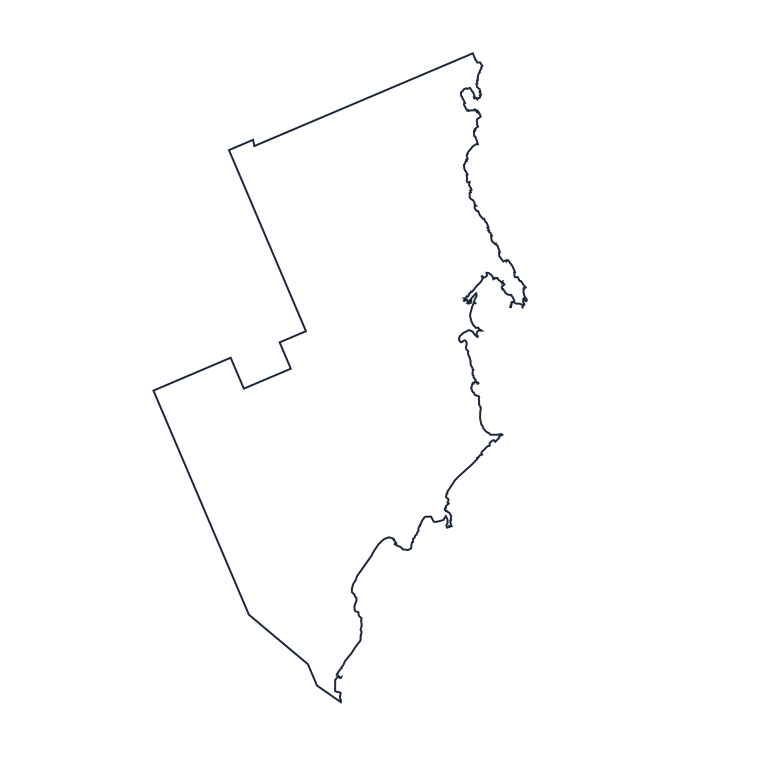 78, Madinat ach Shamal, Qatar, rotated 157°
{"feature_id": "91078587B72332727540612", "entity_name": "78", "entity_type": "district", "adm_level": 2, "iso_a3": "QAT", "parent_name": "Qatar", "parent_adm1": "Madinat ach Shamal", "projection": "albers", "projection_center": [51.051, 25.993], "detail": "fine", "context": "isolated", "style": "outline", "palette": "slate", "viewbox_px": 768, "rotation_deg": 157, "n_neighbors": 0, "source": "geoboundaries", "source_scale": "gbopen_adm2", "svg_char_len": 6166}
<svg xmlns="http://www.w3.org/2000/svg" viewBox="0 0 768 768"><g transform="rotate(157 384 384)"><path d="M598.8,468.0L598.5,224.4L563.5,155.7L563.5,132.5L548.1,108.1L547.3,109.7L547.2,112.2L546.3,114.1L544.7,116.2L545.0,117.3L548.3,119.5L548.9,120.7L544.5,130.7L540.7,132.8L539.0,130.0L539.2,129.6L538.2,130.6L538.6,130.5L541.2,134.6L539.7,135.6L539.9,135.9L534.5,139.2L533.9,139.1L533.6,140.0L531.5,141.0L527.9,144.3L519.3,148.8L513.1,153.1L506.3,156.8L505.0,158.6L504.4,160.5L503.4,161.4L503.5,162.1L501.5,164.3L501.6,166.9L498.8,170.5L497.4,175.5L496.2,177.0L497.6,180.3L497.5,181.7L496.7,183.8L499.3,186.2L499.3,187.2L498.6,189.9L497.0,192.4L494.2,195.0L492.9,198.0L493.6,199.6L493.6,202.1L494.8,204.8L494.5,205.9L493.3,208.4L490.9,211.5L486.0,215.1L484.3,217.4L461.8,231.3L460.4,232.8L452.1,238.4L446.7,240.6L443.8,241.2L439.4,241.0L436.3,238.5L435.5,237.4L435.5,237.0L436.1,237.3L435.9,236.4L434.9,232.5L435.3,232.0L436.1,232.7L436.7,232.5L436.0,231.2L432.5,227.5L431.4,225.3L431.4,224.5L426.7,221.8L423.4,222.0L421.2,225.8L420.0,227.2L419.1,227.2L417.7,230.1L416.2,230.4L414.3,232.3L412.9,232.7L411.0,234.6L409.6,235.4L408.9,237.3L407.7,238.7L406.3,239.2L406.3,240.1L405.3,240.4L402.5,243.2L398.7,245.6L397.7,245.6L392.5,243.5L392.0,237.7L389.2,236.5L382.5,235.6L378.7,238.2L378.5,235.3L379.0,233.0L379.9,231.1L381.8,229.6L382.1,227.2L379.2,226.8L379.2,227.7L377.3,226.8L377.1,230.6L376.6,231.1L376.4,232.5L375.4,232.5L374.7,234.9L373.8,235.8L374.2,240.1L375.6,241.6L375.9,243.0L376.8,243.0L377.1,244.9L376.4,245.8L375.4,245.8L374.9,247.3L371.1,248.7L371.8,250.1L369.9,252.1L369.9,253.5L370.9,254.9L370.9,256.3L369.5,257.8L369.2,258.7L368.3,258.7L367.3,260.6L366.4,260.9L356.4,267.6L352.1,269.5L334.1,275.7L327.0,278.8L327.0,279.7L326.0,279.5L323.6,280.9L321.3,280.7L321.5,282.1L320.8,283.1L313.2,286.2L310.8,285.9L309.9,288.3L306.6,289.5L305.1,289.5L304.7,289.3L304.2,287.4L299.4,289.2L298.9,290.1L296.9,291.2L295.8,290.8L294.9,291.0L295.6,292.2L296.6,292.0L297.3,292.6L298.7,292.7L305.8,295.7L306.7,298.1L307.6,298.7L309.0,301.4L309.9,304.1L309.7,306.8L310.2,308.6L309.0,314.8L306.4,320.5L304.2,324.1L304.5,328.3L303.2,330.8L302.7,333.0L301.5,334.6L301.7,335.9L304.0,337.7L304.7,338.9L304.6,340.7L305.4,342.0L305.4,346.0L302.4,349.8L301.6,350.2L301.2,349.4L299.2,350.8L297.6,348.4L297.9,347.9L297.2,347.5L296.7,347.9L298.9,350.9L298.0,351.7L299.0,355.1L298.3,356.6L298.8,357.9L297.8,360.5L296.2,362.1L296.7,362.9L296.3,364.2L296.7,367.6L295.3,371.7L294.8,375.6L295.0,378.9L293.7,381.1L294.7,383.7L294.3,385.8L292.5,388.0L291.8,389.5L291.8,390.6L292.0,392.0L292.9,392.8L296.2,392.2L297.1,392.5L297.2,393.6L297.7,394.4L297.6,395.9L295.8,398.2L291.3,400.0L284.6,400.4L282.0,397.7L281.3,394.3L280.0,391.3L279.3,390.8L279.0,391.4L280.0,392.4L278.2,395.4L275.1,396.6L274.3,395.3L273.3,395.0L275.1,397.5L275.2,399.1L277.4,399.6L278.8,403.4L279.1,407.1L278.2,413.0L277.3,414.7L272.2,421.2L269.6,423.6L267.5,421.9L269.5,423.7L267.6,426.3L264.6,428.6L263.7,430.4L263.8,431.6L270.5,428.5L271.2,426.5L271.6,427.0L272.3,425.2L272.5,425.4L272.2,427.2L273.4,427.9L272.6,427.2L273.4,424.9L274.2,424.9L273.8,427.1L274.2,427.7L274.0,427.2L274.7,425.4L275.1,425.2L275.8,425.8L275.0,426.5L274.7,428.2L274.6,429.2L275.1,429.8L277.5,428.9L278.0,429.4L276.1,430.8L276.5,431.3L275.9,431.1L273.4,432.4L272.7,431.7L272.1,431.8L270.1,434.0L268.4,434.4L267.8,435.0L267.4,434.5L266.3,434.7L261.4,437.5L254.7,440.3L251.9,442.5L251.9,444.9L251.4,444.9L250.5,443.0L249.0,442.7L247.6,443.2L246.7,443.9L246.2,446.3L244.3,445.3L242.6,442.5L242.2,441.0L242.4,437.7L241.4,437.7L241.4,438.7L238.1,437.2L238.4,436.3L236.2,432.0L234.8,432.0L235.8,430.5L234.8,430.5L234.3,428.6L237.7,427.4L238.1,424.8L237.2,424.8L236.5,420.0L235.5,418.6L234.8,417.6L232.0,416.2L232.2,415.3L231.7,414.3L231.5,410.0L231.9,408.9L234.7,409.5L236.4,406.7L236.9,406.7L237.7,405.5L237.0,405.1L234.7,408.9L232.0,408.7L232.2,408.1L231.4,406.9L229.7,405.6L228.6,405.5L225.8,403.1L225.5,402.0L226.6,400.9L226.4,400.5L225.4,401.9L224.5,401.8L223.8,402.3L223.7,405.7L223.4,406.2L222.5,406.2L222.5,408.1L221.5,408.1L221.0,404.8L220.6,404.8L220.6,405.7L219.6,405.7L219.9,407.6L220.3,408.1L220.3,411.4L219.9,411.9L219.9,413.8L218.9,415.3L218.9,416.2L218.2,417.6L216.8,418.1L216.8,417.2L215.8,417.6L217.0,421.0L217.7,425.3L218.9,425.8L219.1,430.1L221.7,431.0L221.7,432.9L220.8,434.3L220.6,435.8L219.6,435.8L219.8,442.9L221.3,449.1L222.0,449.9L223.4,449.1L223.4,450.1L226.3,450.1L227.9,456.8L226.7,460.1L225.8,460.1L225.5,467.3L226.5,468.7L226.2,469.7L227.2,469.7L228.9,473.5L227.7,478.3L226.7,478.3L227.0,481.6L227.9,483.0L228.1,484.5L227.2,484.5L227.7,487.3L226.7,487.3L226.5,492.1L227.4,494.0L227.2,496.9L228.4,497.4L229.8,501.7L229.8,506.4L231.0,506.9L231.7,509.3L231.7,510.7L231.0,512.6L229.6,512.2L230.3,513.6L230.3,514.5L229.8,515.0L230.3,518.4L231.7,520.3L232.2,522.2L230.5,526.5L229.1,526.5L229.1,528.4L227.6,528.4L227.4,530.3L227.9,531.7L227.9,534.1L226.2,536.5L228.4,537.0L228.4,538.9L227.4,540.3L226.2,544.1L225.3,544.1L226.0,550.3L224.8,554.6L223.8,554.9L221.5,557.3L220.5,557.0L220.5,558.5L219.1,558.5L218.8,561.3L218.1,562.8L217.2,562.8L216.7,564.2L209.1,568.2L205.3,568.7L203.9,568.0L203.2,575.6L204.1,577.1L202.5,581.4L201.5,581.4L201.5,582.3L200.6,582.3L200.6,583.3L196.8,584.2L197.0,586.6L196.5,587.1L196.0,589.5L194.9,591.4L190.6,592.3L190.3,594.7L191.5,597.1L190.6,597.1L191.1,598.6L192.5,598.6L192.5,599.0L191.5,599.0L191.5,599.5L192.7,600.0L193.0,601.4L193.4,601.4L193.4,600.5L197.7,602.1L199.6,602.4L199.6,603.3L200.6,603.3L201.3,609.5L200.6,611.0L199.6,611.0L200.3,620.0L199.1,622.4L196.7,623.1L195.3,624.1L192.9,624.1L192.0,623.1L189.6,623.1L189.2,622.9L188.4,618.6L188.0,618.1L188.2,612.9L189.2,612.9L189.2,611.4L186.8,611.0L186.8,609.5L185.4,610.2L183.9,610.2L183.0,611.0L183.0,612.4L181.6,612.4L182.0,615.3L181.1,615.3L180.8,618.1L182.3,621.0L181.6,624.3L180.6,624.3L179.7,627.2L178.7,627.2L178.0,629.6L175.4,632.9L174.0,633.4L173.5,634.8L171.1,636.3L170.6,637.7L169.2,638.2L169.9,642.5L172.5,643.4L172.8,646.3L173.2,646.8L173.0,653.7L410.4,653.7L409.1,659.9L435.3,659.9L435.2,463.1L463.8,463.1L463.8,434.5L514.8,434.5L514.9,468.1L598.8,468.0Z" fill="none" stroke="#1e293b" stroke-width="2"/></g></svg>